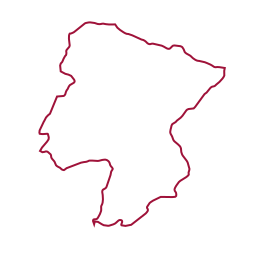 the Province of Uthai Thani, rotated 99°
{"feature_id": "THA-405", "entity_name": "Uthai Thani", "entity_type": "Province", "adm_level": 1, "iso_a3": "THA", "parent_name": "Thailand", "parent_adm1": "", "projection": "robinson", "projection_center": [99.519, 15.359], "detail": "fine", "context": "isolated", "style": "outline", "palette": "rose", "viewbox_px": 256, "rotation_deg": 99, "n_neighbors": 0, "source": "natural_earth", "source_scale": "10m", "svg_char_len": 3855}
<svg xmlns="http://www.w3.org/2000/svg" viewBox="0 0 256 256"><g transform="rotate(99 128 128)"><path d="M144.2,214.9L134.7,212.1L134.1,211.8L130.7,210.7L130.1,210.4L128.0,209.0L126.1,207.3L108.0,203.0L106.6,197.3L106.4,196.6L106.0,196.1L105.3,195.6L104.3,195.2L102.3,195.0L100.4,194.5L99.2,193.8L96.2,192.9L95.4,192.5L94.7,192.1L91.8,188.6L91.3,188.3L90.6,188.0L89.7,188.2L89.1,188.5L88.5,189.0L85.4,192.3L84.6,195.2L84.3,198.4L82.6,203.3L76.9,204.8L74.8,204.5L73.8,203.8L73.4,203.5L72.7,203.2L69.5,202.4L66.8,201.4L65.6,200.6L64.5,200.5L63.4,200.6L61.9,201.0L61.0,201.0L60.3,200.7L57.0,198.7L55.9,198.5L55.1,198.6L54.5,198.8L49.1,200.3L46.0,200.7L44.7,200.6L43.9,200.3L43.7,199.5L43.3,198.6L42.2,196.9L41.6,196.2L31.5,187.0L31.2,186.6L30.9,186.1L29.9,183.4L29.6,181.8L29.5,177.4L29.9,174.9L30.0,174.1L29.9,172.4L29.5,170.9L29.2,170.3L29.0,169.6L28.8,168.8L28.9,166.2L28.7,162.7L27.7,156.9L30.6,154.2L32.4,151.2L34.2,147.3L34.9,145.4L35.2,143.9L35.1,142.3L35.8,138.3L38.5,128.6L38.7,126.6L39.2,125.2L39.9,123.9L41.2,122.1L41.7,120.9L41.8,119.9L41.7,119.2L41.1,117.9L40.9,117.2L40.8,116.5L41.4,107.6L42.0,105.5L43.0,102.9L43.4,101.7L43.5,100.6L43.4,99.9L43.1,99.3L42.7,98.8L40.5,97.2L40.0,96.8L39.6,96.3L39.4,95.7L39.2,95.0L39.0,89.1L39.3,87.8L39.7,87.0L41.6,85.3L44.0,83.9L44.6,83.2L45.3,82.0L46.7,78.2L47.2,77.2L47.6,76.7L49.0,74.6L50.2,72.0L50.6,70.5L50.7,69.3L50.6,68.5L51.0,62.5L51.5,60.2L52.5,56.4L53.2,54.6L54.1,52.7L54.3,51.6L54.2,50.7L53.8,49.3L53.6,47.0L53.6,41.8L56.5,41.9L61.1,41.1L62.5,41.5L64.4,42.4L68.2,44.9L71.4,47.7L72.4,48.4L72.9,48.9L73.3,49.5L74.1,51.5L74.9,52.4L75.7,53.0L80.7,55.9L82.5,57.7L96.7,65.0L98.4,66.2L99.8,71.2L100.2,71.8L100.5,72.3L101.1,72.9L101.8,73.3L107.4,76.1L109.6,77.6L113.0,80.8L114.7,81.9L117.2,84.8L117.9,85.1L119.0,85.4L121.0,85.5L122.8,85.7L125.0,85.7L125.7,85.6L126.9,85.1L129.5,83.1L132.4,81.5L133.4,80.7L134.2,79.6L136.3,76.1L137.8,74.0L138.2,73.6L138.7,73.2L139.9,72.5L143.4,71.6L145.7,70.4L146.7,69.6L151.2,64.9L152.2,64.1L152.7,63.7L158.8,60.9L159.5,60.9L160.3,60.9L161.7,61.1L162.5,61.2L164.6,60.7L165.8,61.4L167.3,62.7L171.9,68.0L173.4,69.3L177.4,71.3L179.5,72.1L180.8,72.4L181.5,72.4L182.2,72.2L182.8,71.9L184.2,70.6L184.8,70.3L186.1,69.9L187.5,69.8L188.0,70.1L188.6,70.7L189.3,73.5L190.9,84.7L191.4,85.6L195.8,91.9L197.6,93.9L198.7,94.9L202.9,96.8L203.5,96.8L204.1,96.6L204.9,95.9L205.5,95.6L206.1,95.5L206.9,95.6L208.0,96.1L209.6,97.1L223.1,109.7L225.1,115.2L225.1,119.1L224.7,119.5L224.0,119.5L222.2,119.1L221.5,119.1L220.8,119.3L220.3,119.7L220.1,120.3L220.1,121.4L220.3,122.1L220.7,122.7L221.1,123.1L223.7,125.2L224.5,126.0L225.5,127.5L227.4,131.3L227.6,131.9L227.7,132.5L227.8,136.8L227.1,138.9L225.4,143.0L225.6,146.2L228.3,146.4L225.3,148.0L224.6,148.0L223.9,147.8L223.5,147.2L223.2,145.7L222.9,145.0L222.6,144.5L222.2,144.2L221.4,143.7L217.5,142.3L214.6,141.7L213.8,141.6L212.2,141.8L210.0,142.2L209.2,142.2L207.2,141.6L205.6,141.4L202.4,141.6L198.1,142.5L195.4,143.4L194.7,143.5L194.0,143.5L193.3,143.3L192.8,143.0L191.1,140.9L190.6,140.5L190.0,140.2L189.4,140.0L177.2,137.9L173.9,137.8L173.2,137.6L171.4,136.8L170.7,136.7L170.1,137.1L169.5,137.6L168.7,138.6L168.1,139.2L167.5,139.7L165.1,140.9L164.6,141.3L164.1,141.8L163.6,142.5L163.0,143.8L162.8,145.1L163.0,146.5L163.6,148.5L165.0,151.7L165.3,153.0L165.8,158.3L166.3,161.2L167.4,162.9L168.0,164.2L168.4,165.6L168.6,166.3L169.6,169.0L177.3,182.4L179.2,184.2L179.6,184.7L179.6,185.6L179.3,186.9L177.9,189.0L177.3,190.9L176.7,192.3L176.0,193.3L172.8,195.3L172.3,195.8L170.1,198.4L169.3,199.0L168.7,199.3L167.2,199.7L166.6,200.0L166.1,200.4L164.2,203.4L163.9,204.4L164.0,205.5L164.7,206.9L165.3,208.8L164.4,211.3L160.8,209.9L154.1,205.8L151.7,204.7L150.7,204.7L149.6,204.8L146.9,206.0L146.4,206.3L146.3,206.6L146.4,207.2L147.2,210.5L147.5,212.6L147.5,214.3L146.4,214.8L144.2,214.9Z" fill="none" stroke="#9f1239" stroke-width="2"/></g></svg>